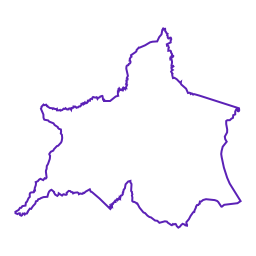 Cha-Uat, Nakhon Si Thammarat, Thailand (Equal Earth projection)
{"feature_id": "78962969B24594080556588", "entity_name": "Cha-Uat", "entity_type": "district", "adm_level": 2, "iso_a3": "THA", "parent_name": "Thailand", "parent_adm1": "Nakhon Si Thammarat", "projection": "equal_earth", "projection_center": [99.929, 7.982], "detail": "fine", "context": "isolated", "style": "outline", "palette": "violet", "viewbox_px": 256, "rotation_deg": 0, "n_neighbors": 0, "source": "geoboundaries", "source_scale": "gbopen_adm2", "svg_char_len": 5763}
<svg xmlns="http://www.w3.org/2000/svg" viewBox="0 0 256 256"><path d="M176.7,79.2L174.4,77.8L173.0,78.1L172.2,75.0L172.5,73.7L172.0,73.5L171.9,72.7L171.1,71.7L171.9,70.4L172.7,69.9L171.6,69.0L171.4,67.8L173.4,66.4L173.1,65.9L171.8,66.2L171.4,65.9L172.0,62.9L172.0,61.5L171.5,59.2L170.4,59.5L170.2,58.3L170.6,57.2L172.5,57.1L173.2,56.5L173.2,55.9L171.8,55.4L172.1,54.4L171.7,53.4L171.1,52.8L170.9,51.2L170.1,50.6L168.3,50.8L168.4,48.7L168.9,47.7L168.5,47.0L168.4,46.1L167.5,45.2L167.0,45.5L166.8,44.3L170.7,42.4L170.6,40.8L171.2,39.5L171.1,38.4L170.8,37.7L170.2,37.6L169.0,38.6L168.2,38.3L167.7,37.3L167.7,35.9L167.1,35.2L167.6,33.8L166.6,33.3L166.0,32.0L165.3,31.4L165.1,29.0L164.3,29.3L164.2,28.8L163.2,28.4L162.9,28.8L162.8,29.9L162.3,30.0L161.5,34.4L159.2,37.1L157.2,41.4L152.6,41.7L150.1,42.3L145.1,45.3L139.5,47.7L138.9,47.5L136.6,50.0L136.5,51.0L135.7,52.0L131.0,55.2L131.5,56.7L130.7,57.2L129.7,59.1L130.0,60.3L129.7,60.7L130.2,60.9L130.5,61.5L130.4,62.7L129.8,63.5L128.8,64.0L128.3,65.2L127.4,65.3L126.6,66.1L126.4,67.0L126.3,68.7L127.9,75.9L126.8,78.1L127.6,78.8L127.5,79.7L126.4,80.3L126.4,81.3L126.8,81.9L126.2,83.6L126.6,83.6L126.4,84.7L127.0,85.0L125.9,87.5L126.1,88.0L125.7,87.9L125.5,88.7L125.2,88.2L124.5,88.7L124.3,88.1L124.0,88.2L124.1,88.6L123.6,87.8L123.2,88.3L123.5,88.7L122.9,89.1L122.9,90.3L122.3,90.2L122.2,89.5L122.0,89.9L121.7,89.5L121.1,89.8L120.4,89.5L120.1,90.2L120.2,89.7L119.9,89.3L119.9,90.0L119.5,90.0L118.9,88.6L118.4,89.1L118.5,90.1L118.9,90.6L118.3,90.9L118.5,91.4L117.9,91.4L117.9,94.5L118.2,95.8L115.7,96.5L110.1,101.0L104.1,101.0L104.2,100.0L103.5,99.9L103.5,99.3L103.0,99.3L102.5,96.1L102.2,95.9L100.3,96.5L99.6,97.4L98.2,97.8L97.5,98.9L96.6,97.2L95.2,97.6L93.1,97.0L92.6,97.4L92.1,99.0L91.4,98.7L90.3,99.2L89.9,100.7L89.1,100.4L88.5,101.0L88.5,100.5L87.9,100.6L87.9,101.8L86.9,103.0L86.2,103.2L85.9,102.7L84.8,103.5L84.6,102.7L84.1,103.3L83.4,103.1L83.2,104.1L82.6,103.6L81.5,103.8L81.7,104.7L81.3,105.4L80.7,105.5L80.2,106.4L78.9,106.5L77.8,107.5L76.8,107.3L76.4,107.7L75.0,106.5L74.6,106.8L73.5,106.5L73.3,107.7L71.9,107.9L71.7,108.6L71.2,108.8L71.1,109.7L70.1,108.3L68.6,108.7L68.5,109.4L67.1,109.5L65.5,108.2L64.8,109.0L63.6,108.7L62.3,110.0L60.5,110.6L60.0,109.9L59.1,110.3L57.4,110.3L57.0,109.1L56.6,109.6L56.4,109.1L54.4,108.9L53.7,108.3L53.2,108.3L52.7,108.9L52.0,108.2L49.9,108.0L47.3,106.4L47.3,105.8L46.7,105.8L46.1,104.7L44.1,105.2L43.5,104.6L41.5,106.7L41.5,107.6L40.9,108.7L43.4,114.5L43.5,117.6L43.9,118.9L44.4,119.7L48.1,120.4L49.2,121.6L53.5,123.3L54.6,125.0L57.8,127.1L58.0,127.9L58.9,128.8L60.9,129.5L61.1,131.6L60.8,133.5L61.9,134.8L62.2,138.0L61.7,141.0L61.1,142.5L58.2,145.7L56.9,146.1L53.9,149.3L53.3,150.6L50.9,151.7L49.4,153.7L49.3,154.4L50.1,155.8L49.8,158.9L48.0,164.0L46.8,166.0L46.6,168.9L46.0,170.4L45.9,171.8L46.6,177.3L46.3,178.0L45.7,178.6L44.7,178.2L43.2,180.1L40.4,178.8L39.0,179.7L37.8,181.2L35.7,182.1L36.0,183.1L35.8,185.2L34.7,188.2L35.0,190.5L34.1,190.5L34.0,192.0L33.7,192.3L31.2,192.4L30.2,193.0L29.7,194.1L29.8,196.9L28.5,198.2L26.9,201.8L25.9,202.5L25.5,205.6L22.4,206.1L21.2,207.8L20.0,207.8L18.7,209.9L15.4,211.8L15.5,213.2L17.6,214.1L18.6,213.4L19.8,213.3L20.1,215.1L21.4,215.7L22.2,215.1L22.3,214.2L22.9,214.0L22.9,213.6L24.0,213.7L24.6,214.4L24.9,213.6L25.3,213.9L27.1,213.4L27.4,212.2L27.9,211.9L28.0,211.2L29.9,208.6L31.1,208.9L32.8,206.3L35.3,203.6L35.9,201.3L37.4,200.9L38.2,199.3L40.1,198.7L40.9,198.1L43.5,197.1L47.4,196.8L48.3,193.4L49.1,191.6L50.4,190.3L51.5,189.8L54.1,192.0L54.0,192.6L55.2,194.6L57.3,195.9L58.5,194.7L58.7,193.3L61.9,195.5L62.3,195.5L63.0,194.5L63.8,194.2L65.2,194.8L66.5,194.7L66.8,194.2L66.6,192.9L68.7,190.9L70.3,191.1L71.2,192.1L72.6,192.2L73.1,193.4L74.7,192.7L77.4,192.4L78.6,193.1L78.9,194.2L80.5,193.5L82.0,193.9L82.9,193.6L83.3,192.8L84.2,193.0L85.7,191.6L89.8,189.3L90.7,191.6L92.0,192.1L99.5,198.5L110.3,209.0L111.2,207.8L109.7,207.4L109.6,206.8L110.5,206.3L110.9,206.5L110.7,205.7L111.3,206.0L111.4,205.3L112.0,206.0L111.9,204.8L111.6,204.7L112.4,204.3L112.1,204.0L112.5,203.6L112.8,203.9L114.5,201.6L114.6,202.0L115.3,202.0L115.1,201.3L116.6,199.6L117.0,200.1L117.3,199.2L117.9,199.6L118.1,199.1L118.9,199.1L118.6,198.7L118.8,198.3L119.4,198.3L119.5,197.9L119.9,198.3L119.8,197.3L120.3,197.6L120.7,195.7L122.1,195.2L122.8,194.3L122.7,193.0L123.2,192.6L123.1,191.6L123.6,190.8L123.6,189.9L124.9,188.2L125.6,184.3L128.2,181.5L130.4,180.9L130.4,182.5L131.3,183.5L131.5,184.6L131.1,190.9L132.0,192.0L131.9,192.7L132.4,194.4L131.9,195.4L132.4,197.5L132.2,200.9L133.3,201.9L134.3,201.9L136.2,202.9L136.6,203.5L137.3,203.4L139.5,207.6L143.4,212.4L145.1,213.1L147.4,215.6L149.4,217.0L151.0,217.4L155.0,220.5L157.3,220.8L159.4,222.8L164.9,221.3L166.9,221.6L167.8,222.7L171.4,225.1L171.9,225.2L173.0,224.0L173.8,224.5L175.1,223.9L175.9,224.2L176.7,226.0L178.3,227.6L180.1,226.5L180.9,225.3L182.6,223.8L184.5,224.5L185.3,225.3L187.0,225.7L187.1,225.0L186.4,223.2L186.4,222.1L188.9,219.2L190.6,215.9L193.0,212.5L193.9,211.6L194.3,211.8L194.7,210.1L195.9,207.6L195.9,206.9L196.9,205.1L198.3,205.0L198.6,204.3L199.8,203.6L199.6,202.8L199.9,201.5L201.1,201.6L203.1,200.0L206.0,199.2L214.7,200.1L217.0,200.9L218.2,201.9L221.2,206.5L221.8,206.7L224.2,204.8L237.5,203.2L240.6,201.1L229.7,183.6L227.1,177.6L223.9,167.6L221.7,157.3L221.2,154.0L221.6,151.0L222.7,146.7L226.7,141.7L225.2,139.1L224.8,136.6L227.1,132.4L227.2,129.5L226.2,124.0L226.2,121.0L227.3,120.2L229.8,120.2L231.4,118.7L233.0,117.8L233.2,115.2L235.2,114.4L235.2,111.6L235.9,110.0L236.4,109.3L237.1,109.2L237.8,111.1L238.5,111.3L239.0,110.9L239.2,110.2L239.0,108.3L199.4,95.6L194.1,94.1L193.3,94.1L193.0,94.5L191.8,93.4L190.7,94.0L190.2,93.0L189.4,92.7L188.0,93.0L186.1,88.7L181.3,84.5L180.7,83.3L180.9,82.0L180.1,82.7L176.7,79.2Z" fill="none" stroke="#5b21b6" stroke-width="2"/></svg>